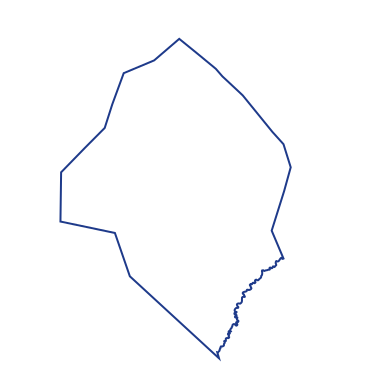 outline of Tu'mencogt, Sühbaatar, Mongolia, rotated 131°
{"feature_id": "93677404B61124840987439", "entity_name": "Tu'mencogt", "entity_type": "district", "adm_level": 2, "iso_a3": "MNG", "parent_name": "Mongolia", "parent_adm1": "Sühbaatar", "projection": "albers", "projection_center": [112.543, 47.569], "detail": "fine", "context": "isolated", "style": "outline", "palette": "blue", "viewbox_px": 384, "rotation_deg": 131, "n_neighbors": 0, "source": "geoboundaries", "source_scale": "gbopen_adm2", "svg_char_len": 4523}
<svg xmlns="http://www.w3.org/2000/svg" viewBox="0 0 384 384"><g transform="rotate(131 192 192)"><path d="M84.8,302.1L117.5,306.9L147.1,321.5L178.1,309.7L200.9,299.9L229.3,301.8L263.0,303.7L300.6,271.9L273.5,223.3L296.4,183.6L299.8,62.5L296.5,67.6L296.4,67.3L296.1,67.1L295.9,67.2L294.8,67.2L294.0,67.1L293.5,67.2L293.1,67.5L292.7,67.8L292.4,67.9L292.1,67.9L291.9,67.9L291.8,68.1L291.6,68.2L291.4,68.1L291.2,68.1L291.0,68.3L290.9,68.4L290.4,68.5L290.0,68.8L289.8,68.8L289.5,68.8L289.1,68.3L288.7,67.8L288.4,67.6L287.8,67.4L287.4,67.3L287.1,67.2L286.8,67.3L286.5,67.6L286.1,67.9L285.9,68.1L285.6,68.2L285.1,68.2L284.6,68.3L284.2,68.4L284.0,68.6L283.9,68.8L283.9,69.1L283.8,69.4L283.5,69.8L283.0,69.7L282.7,69.2L282.3,68.8L282.1,68.8L280.8,70.0L280.4,70.3L279.9,70.2L279.5,70.0L279.1,69.6L278.8,69.2L278.4,68.7L278.1,68.6L277.7,68.5L277.4,68.6L277.2,68.7L277.2,69.1L277.1,69.4L276.8,69.7L276.5,69.8L276.2,69.9L275.9,70.1L275.9,70.6L275.9,71.1L275.8,71.4L275.7,71.6L275.4,71.8L275.2,71.8L274.9,71.5L274.7,71.2L274.5,70.9L274.2,70.7L273.9,70.7L273.7,70.8L273.6,71.1L273.6,71.3L273.6,71.5L273.7,72.1L273.7,72.4L273.4,72.7L273.1,72.8L272.7,72.8L272.4,72.6L272.2,72.3L272.0,71.9L272.0,71.6L272.0,71.4L271.9,71.3L271.8,71.2L271.7,71.2L271.7,71.4L271.7,71.7L271.6,72.0L271.3,72.4L270.9,72.8L270.5,72.9L270.0,73.0L269.2,72.9L268.9,72.9L268.6,73.0L268.2,73.3L267.8,73.3L267.4,73.3L267.2,73.4L266.9,73.5L266.4,73.8L265.9,74.1L265.3,74.2L264.9,74.1L264.4,73.9L264.1,73.7L264.0,73.4L263.9,73.0L263.8,72.4L263.9,71.6L263.9,71.2L263.8,70.9L263.5,70.7L263.1,70.6L262.7,70.6L262.3,70.8L262.1,71.1L261.9,71.5L262.0,72.0L262.1,72.4L261.9,72.8L261.6,73.0L261.2,73.1L260.9,73.0L260.5,72.8L260.3,72.4L260.0,72.2L259.8,72.0L259.4,72.1L259.1,72.2L259.0,72.3L258.8,72.6L258.8,72.9L258.8,73.3L258.9,73.5L259.0,73.8L258.9,74.1L258.7,74.5L258.4,74.8L258.1,75.0L257.6,75.1L257.2,75.2L257.1,75.3L257.0,75.5L257.3,75.9L257.6,76.2L258.0,76.5L258.2,76.9L258.2,77.4L258.0,77.7L257.6,77.8L257.2,77.7L256.8,77.5L256.4,77.4L256.1,77.3L255.8,77.5L255.7,77.8L255.7,78.1L256.0,78.6L256.2,79.2L256.2,79.6L256.1,80.1L255.8,80.3L255.4,80.5L255.0,80.5L254.7,80.4L254.4,79.9L254.2,79.5L253.9,79.5L253.7,79.5L253.4,79.6L253.4,79.9L253.6,80.3L253.9,80.6L253.8,81.3L253.6,81.9L253.1,82.4L252.4,82.6L252.0,82.7L251.2,82.7L250.5,82.5L250.2,82.2L249.8,81.8L249.5,81.5L249.3,81.3L248.9,81.3L248.7,81.4L248.4,81.7L248.4,82.1L248.4,82.7L248.1,83.3L247.7,84.0L247.4,84.3L247.0,84.4L246.6,84.4L246.2,84.2L245.8,84.0L245.4,83.5L244.8,82.7L244.6,82.4L244.3,82.3L243.5,82.2L242.7,82.2L242.2,82.4L241.7,82.7L241.3,82.9L240.7,83.5L240.0,84.1L239.3,84.6L239.0,84.9L238.2,85.0L237.7,84.8L237.3,84.4L237.1,84.0L236.9,83.7L236.7,83.5L236.5,83.4L236.3,83.5L236.2,83.7L236.1,83.8L236.1,84.5L235.9,84.8L235.7,85.0L235.5,85.3L235.3,85.6L235.3,86.1L235.4,86.8L235.2,87.1L235.1,87.3L234.8,87.5L234.3,87.6L234.0,87.5L233.3,87.2L232.8,86.9L232.3,86.4L231.7,86.1L231.2,85.8L230.9,85.8L230.3,86.1L230.0,86.3L229.7,86.3L229.4,86.1L229.1,85.7L229.0,85.3L228.9,85.1L228.5,84.8L228.2,84.4L227.4,84.0L226.6,83.8L225.7,84.0L225.4,84.5L225.3,85.1L225.0,85.5L224.8,85.7L224.6,86.0L224.6,86.7L224.4,87.1L224.1,87.4L223.5,87.4L223.0,87.4L222.6,87.0L222.5,86.6L222.4,86.4L222.2,86.3L221.9,86.3L221.4,86.4L221.0,86.5L220.5,86.4L220.2,86.1L220.0,85.3L219.7,84.9L219.3,84.8L219.0,84.8L218.7,84.8L218.4,85.0L218.1,85.5L217.9,86.0L217.5,86.3L217.1,86.4L216.7,86.4L216.1,86.1L215.9,85.6L215.7,84.8L215.5,84.5L215.2,84.2L214.8,84.1L214.2,84.1L213.6,84.1L213.2,84.1L212.7,84.0L212.1,83.8L211.2,83.9L210.7,84.1L210.4,84.3L210.1,84.6L209.8,84.7L209.2,84.7L208.6,84.8L208.1,85.1L207.6,85.4L207.3,85.7L206.8,86.1L206.5,86.4L206.1,87.0L205.7,87.4L205.2,87.6L204.4,87.0L204.3,86.1L204.1,85.6L203.8,85.4L203.2,85.2L202.8,84.9L202.4,84.6L201.9,84.1L201.3,83.8L200.7,83.5L200.1,83.0L199.8,82.6L199.5,82.5L199.3,82.5L199.1,82.7L199.0,83.0L198.7,83.4L198.5,83.6L198.1,83.6L197.8,83.5L197.5,83.0L197.3,82.3L197.2,81.8L196.8,81.6L196.5,81.6L196.0,81.6L195.6,81.8L195.4,82.0L195.0,82.0L194.7,81.6L194.7,81.2L194.6,80.8L194.5,80.6L194.1,80.5L193.6,80.5L193.2,80.6L192.6,80.5L192.2,80.5L191.9,80.5L191.7,80.7L191.3,81.2L190.8,82.2L190.2,82.6L189.8,82.8L189.5,83.0L189.1,83.1L188.7,82.9L188.6,82.4L188.4,82.0L188.1,81.7L187.7,81.4L187.2,81.3L186.3,81.3L185.3,81.5L184.2,81.6L183.4,81.5L183.0,81.3L183.0,80.9L183.1,80.5L183.2,80.1L183.0,79.7L182.7,79.5L182.2,79.3L168.9,106.5L130.8,123.1L108.6,133.7L95.9,154.3L93.9,170.7L85.8,217.1L84.8,244.9L83.4,254.8L84.0,278.0L84.8,302.1Z" fill="none" stroke="#1e3a8a" stroke-width="2"/></g></svg>